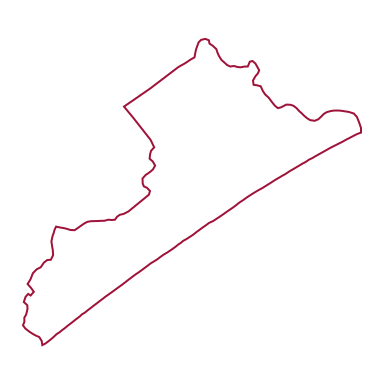 outline of Jaguaruna, Santa Catarina, Brazil
{"feature_id": "56859067B4369152609379", "entity_name": "Jaguaruna", "entity_type": "district", "adm_level": 2, "iso_a3": "BRA", "parent_name": "Brazil", "parent_adm1": "Santa Catarina", "projection": "robinson", "projection_center": [-49.046, -28.668], "detail": "fine", "context": "isolated", "style": "outline", "palette": "rose", "viewbox_px": 384, "rotation_deg": 0, "n_neighbors": 0, "source": "geoboundaries", "source_scale": "gbopen_adm2", "svg_char_len": 2911}
<svg xmlns="http://www.w3.org/2000/svg" viewBox="0 0 384 384"><path d="M26.2,314.4L24.3,317.8L24.4,321.7L23.0,325.3L25.3,328.5L29.4,331.7L33.1,334.1L36.1,335.7L39.3,337.1L41.7,341.0L42.3,345.1L45.6,343.4L48.5,341.2L51.4,338.9L53.9,336.7L56.6,334.1L59.4,332.4L61.9,330.3L65.0,328.0L67.9,325.6L71.3,323.0L75.6,319.6L79.8,316.4L82.0,314.3L84.6,312.8L87.7,310.3L91.1,307.7L94.3,305.2L97.0,303.2L99.9,300.9L102.6,298.9L105.3,296.8L108.8,294.3L112.9,291.4L116.3,288.9L118.9,287.0L122.1,284.7L128.0,280.1L132.1,277.0L135.6,274.4L138.6,272.4L141.5,270.3L144.7,267.9L148.2,265.3L150.6,263.4L153.3,261.8L157.0,259.5L160.6,256.8L163.5,254.7L167.3,252.5L171.0,250.0L175.5,246.8L178.3,244.5L180.8,242.9L183.1,240.9L186.4,239.1L190.1,236.7L193.0,234.8L196.3,232.2L199.7,229.7L202.4,227.7L206.3,225.0L208.9,223.0L213.0,221.1L217.6,218.1L221.5,215.5L224.9,213.1L228.9,210.3L232.6,207.8L236.1,205.2L239.2,202.7L243.3,200.0L246.7,197.5L250.4,195.1L254.2,192.7L258.6,190.1L263.0,187.7L265.8,185.9L269.2,183.8L272.3,181.8L276.2,179.3L279.9,177.2L282.5,175.6L285.1,174.2L287.9,172.4L290.3,170.8L293.1,169.2L296.5,167.2L299.2,165.6L302.3,163.7L305.8,161.9L308.9,159.7L312.1,158.2L315.3,156.3L319.2,154.1L324.1,151.4L329.0,148.6L334.0,146.0L336.6,144.7L339.4,143.3L342.2,141.9L346.1,139.7L350.0,137.7L353.6,135.8L357.2,134.0L361.0,132.6L361.0,128.0L359.3,122.9L356.9,116.9L353.8,113.5L348.7,111.9L344.7,111.3L340.8,110.7L337.5,110.5L334.7,110.5L331.0,111.0L326.8,112.1L323.7,114.0L321.1,116.7L318.4,119.2L314.7,120.8L310.1,120.1L306.9,118.1L304.0,115.6L301.6,113.2L299.3,111.2L296.6,108.2L293.5,105.8L290.6,104.8L286.3,104.6L280.9,107.4L277.9,108.1L275.1,105.9L272.2,102.4L268.7,97.7L265.1,94.4L262.8,90.9L260.7,86.3L257.1,85.3L253.6,84.8L253.0,80.5L255.4,76.3L257.8,73.5L259.2,70.3L257.3,66.9L255.4,63.5L252.5,61.0L249.8,61.7L247.8,66.5L244.0,66.6L241.0,67.3L237.8,67.1L234.0,66.0L230.2,66.5L227.1,65.0L223.9,62.1L221.4,59.9L219.0,56.0L217.6,53.0L216.4,49.2L212.9,45.9L209.5,43.6L208.9,40.3L205.4,38.9L201.2,39.8L198.6,42.3L196.1,49.3L195.3,52.8L194.5,57.4L190.5,59.6L186.9,62.1L184.0,63.9L180.5,65.8L177.9,67.4L150.2,88.5L124.0,106.6L133.1,117.6L139.0,125.1L150.6,139.9L154.2,147.3L151.0,150.9L150.1,154.3L149.6,158.7L152.8,161.5L155.1,165.6L153.0,169.4L150.6,171.5L148.2,173.3L145.7,174.9L142.5,178.5L142.7,183.4L143.8,186.3L147.1,187.9L150.0,191.0L148.9,194.7L128.5,211.4L123.7,213.9L119.8,214.8L117.0,216.8L115.0,219.7L111.7,220.0L108.2,219.7L104.3,220.8L101.4,220.8L98.2,221.0L94.6,221.1L91.1,221.2L87.4,221.8L84.5,223.3L80.9,225.8L77.4,228.3L74.6,230.2L70.5,230.0L66.7,228.8L63.8,228.1L59.6,227.4L56.1,226.6L54.6,229.7L53.7,232.9L52.5,236.3L51.4,241.5L52.2,246.8L52.8,250.2L53.1,255.2L50.8,259.8L47.3,260.0L44.0,262.5L40.7,267.3L36.7,269.3L32.9,273.2L30.5,279.3L27.6,284.0L31.0,287.9L33.8,291.8L30.6,295.5L28.2,293.9L25.6,296.8L23.8,302.0L27.3,305.2L27.5,309.1L26.2,314.4Z" fill="none" stroke="#9f1239" stroke-width="2"/></svg>